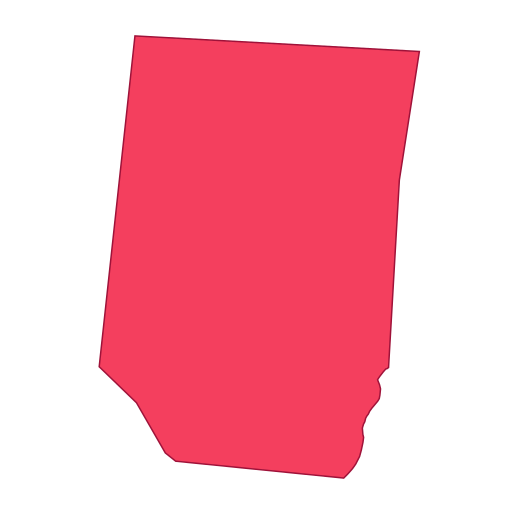 Morne Le Blanc, Laborie, Saint Lucia, rotated 184°
{"feature_id": "8701671B76730810017081", "entity_name": "Morne Le Blanc", "entity_type": "district", "adm_level": 2, "iso_a3": "LCA", "parent_name": "Saint Lucia", "parent_adm1": "Laborie", "projection": "albers", "projection_center": [-61.001, 13.759], "detail": "fine", "context": "isolated", "style": "filled", "palette": "rose", "viewbox_px": 512, "rotation_deg": 184, "n_neighbors": 0, "source": "geoboundaries", "source_scale": "gbopen_adm2", "svg_char_len": 625}
<svg xmlns="http://www.w3.org/2000/svg" viewBox="0 0 512 512"><g transform="rotate(184 256 256)"><path d="M392.1,467.1L404.7,134.6L365.0,101.3L332.7,53.2L321.8,45.7L153.0,40.6L149.2,45.0L144.9,50.6L142.0,55.4L138.7,63.2L137.4,69.7L136.3,77.6L136.0,82.6L136.9,85.3L137.9,91.8L137.0,95.8L135.9,98.3L135.3,101.9L134.1,104.4L133.0,106.0L131.8,109.1L129.8,112.3L127.4,115.6L124.5,119.6L123.1,122.3L122.7,125.8L122.5,132.1L123.8,136.2L126.1,141.0L125.3,142.6L124.1,144.6L121.1,149.1L118.7,152.3L117.4,152.8L116.0,154.0L118.3,341.8L113.3,400.6L107.3,471.4L392.1,467.1Z" fill="#f43f5e" stroke="#9f1239" stroke-width="1.5"/></g></svg>